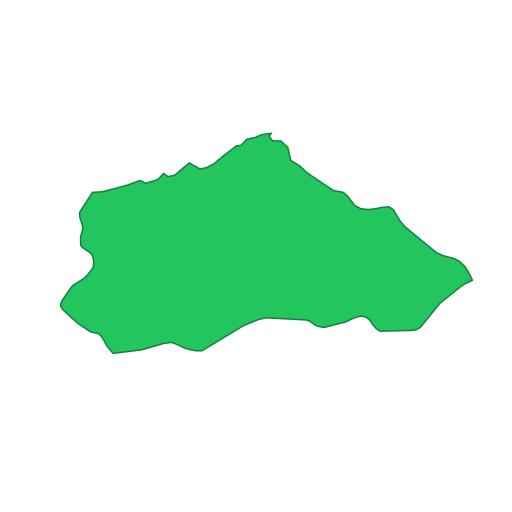 SVG path tracing the border of Colonia, rotated 164°
{"feature_id": "URY-4", "entity_name": "Colonia", "entity_type": "Department", "adm_level": 1, "iso_a3": "URY", "parent_name": "Uruguay", "parent_adm1": "", "projection": "mercator", "projection_center": [-57.607, -34.127], "detail": "fine", "context": "isolated", "style": "filled", "palette": "green", "viewbox_px": 512, "rotation_deg": 164, "n_neighbors": 0, "source": "natural_earth", "source_scale": "10m", "svg_char_len": 1792}
<svg xmlns="http://www.w3.org/2000/svg" viewBox="0 0 512 512"><g transform="rotate(164 256 256)"><path d="M395.7,362.2L385.9,360.1L361.6,359.5L346.7,360.6L341.7,356.3L329.0,356.6L322.1,360.9L318.7,356.6L311.8,356.0L304.1,359.6L294.5,363.9L285.8,355.0L278.9,354.6L270.9,356.3L259.9,361.2L244.6,367.2L239.7,366.5L232.7,370.8L224.7,370.1L216.7,371.1L207.7,369.7L210.4,367.0L208.1,362.0L200.4,359.7L195.5,351.6L196.2,338.3L189.3,330.8L183.9,321.8L163.6,297.6L154.6,293.2L151.4,288.2L147.2,277.4L142.4,272.7L135.6,269.8L128.3,268.5L122.0,268.1L114.6,266.6L111.2,262.7L108.0,250.3L104.9,243.3L81.7,209.6L76.7,205.2L66.4,199.0L62.0,194.9L58.2,188.6L56.2,181.8L54.6,173.1L54.8,173.0L63.5,171.5L67.3,170.3L92.0,160.0L117.5,142.2L121.9,140.9L126.6,141.5L157.4,149.5L158.9,151.0L160.6,153.3L161.3,154.7L162.7,157.7L163.7,161.0L164.3,162.6L165.9,165.4L166.8,166.5L167.8,167.4L168.6,167.9L169.8,168.6L171.9,169.2L174.7,169.5L179.6,169.3L187.8,167.9L209.1,168.5L211.9,169.3L215.6,171.2L217.6,172.7L219.0,174.2L219.6,175.1L220.0,175.7L219.7,175.3L221.5,177.5L222.7,178.8L225.4,180.7L262.7,193.6L270.4,194.3L286.9,192.6L334.0,179.8L339.1,181.2L344.9,184.0L350.1,187.1L354.8,191.5L359.9,195.5L361.4,196.3L369.1,197.4L391.7,197.3L420.2,201.8L423.9,209.9L426.2,219.7L427.4,222.6L428.7,224.6L430.1,225.5L434.7,227.9L436.6,229.4L445.6,240.0L455.6,256.1L457.2,259.5L457.4,261.7L457.3,262.7L457.0,263.6L456.4,264.5L454.5,266.8L442.4,276.7L441.2,277.5L439.2,278.5L427.5,281.9L423.1,284.3L416.6,289.0L415.3,290.7L414.3,293.1L413.2,297.5L413.1,300.2L413.4,302.4L414.1,303.9L414.9,305.3L420.3,311.8L421.4,313.6L421.3,315.9L419.3,322.8L417.9,325.3L416.3,327.3L414.8,330.9L414.4,334.5L414.7,340.9L414.3,344.0L413.6,346.3L412.5,347.5L395.7,362.2L395.7,362.2Z" fill="#22c55e" stroke="#15803d" stroke-width="1.5"/></g></svg>